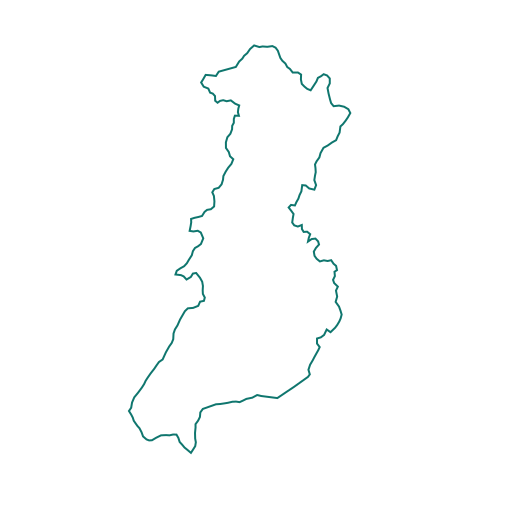 the district of Ibirapitanga, Bahia, Brazil, rotated 15°
{"feature_id": "56859067B82282843362719", "entity_name": "Ibirapitanga", "entity_type": "district", "adm_level": 2, "iso_a3": "BRA", "parent_name": "Brazil", "parent_adm1": "Bahia", "projection": "natural_earth1", "projection_center": [-39.442, -14.059], "detail": "fine", "context": "isolated", "style": "outline", "palette": "teal", "viewbox_px": 512, "rotation_deg": 15, "n_neighbors": 0, "source": "geoboundaries", "source_scale": "gbopen_adm2", "svg_char_len": 3654}
<svg xmlns="http://www.w3.org/2000/svg" viewBox="0 0 512 512"><g transform="rotate(15 256 256)"><path d="M329.7,240.6L326.5,242.3L322.7,242.6L319.1,244.7L315.3,243.0L312.5,240.7L310.7,236.8L311.8,232.7L313.9,228.6L312.2,225.8L308.9,223.8L305.4,225.2L302.5,228.6L302.3,224.7L302.7,220.9L299.1,219.3L295.8,220.4L293.4,218.1L292.2,214.2L288.8,216.7L285.0,216.5L282.3,214.3L281.7,209.4L281.4,205.7L278.3,203.2L275.0,200.7L276.6,197.6L280.5,197.1L281.1,193.4L282.1,189.6L282.3,185.9L283.1,181.8L282.3,175.6L285.8,175.0L289.9,177.0L295.2,176.8L295.7,172.0L292.7,167.6L292.2,163.1L292.0,159.6L290.7,155.7L289.3,152.3L290.0,148.9L291.7,144.4L291.7,139.9L293.2,134.0L296.7,130.7L300.1,126.6L303.4,123.4L303.9,119.3L304.8,115.2L304.0,109.0L305.8,106.2L307.5,102.2L308.8,98.5L310.1,93.5L307.2,90.3L302.5,89.0L297.3,89.2L292.2,91.2L289.0,88.9L287.1,85.8L284.0,80.2L281.6,75.2L282.6,70.2L281.3,65.4L277.9,63.2L274.3,62.9L272.2,65.6L269.7,67.9L269.2,71.8L267.5,77.0L265.9,81.8L262.2,81.3L258.9,79.8L255.7,77.9L253.7,73.9L252.6,69.1L249.0,67.9L244.0,69.3L240.3,66.5L237.3,65.4L234.6,62.5L230.9,60.6L228.3,58.4L226.3,55.5L224.0,52.1L221.0,49.7L217.5,49.0L212.8,51.0L208.1,51.9L205.2,53.3L199.7,53.1L196.7,57.6L195.0,62.4L192.7,65.7L191.7,68.9L189.4,72.5L187.6,78.6L172.3,87.6L170.7,92.5L166.7,93.0L163.7,93.5L160.5,94.1L159.1,99.4L158.1,102.6L161.7,106.0L166.6,106.6L169.4,110.1L172.2,110.3L175.0,112.1L176.4,116.6L179.2,117.9L181.1,115.5L184.0,114.0L187.6,114.1L191.4,112.2L196.5,114.3L200.8,114.9L200.8,118.3L201.3,121.8L203.2,125.0L199.3,125.9L199.1,129.3L200.1,133.1L199.3,136.4L200.1,139.8L199.6,144.6L197.6,148.7L197.5,154.0L199.0,159.4L202.8,162.6L205.1,166.4L209.0,168.4L208.4,173.4L206.3,177.9L204.9,182.3L203.8,187.2L204.4,190.9L204.2,195.7L202.3,199.8L198.4,202.1L197.3,205.8L199.8,208.9L201.7,214.0L202.7,219.0L200.3,222.5L196.8,224.1L194.9,226.7L193.5,231.3L190.3,233.2L186.8,235.0L183.7,237.0L184.7,240.2L185.1,244.0L185.4,248.9L189.2,248.5L193.2,246.7L196.6,247.6L200.5,252.6L199.7,258.7L197.5,261.6L195.0,264.0L193.8,267.6L193.8,271.9L192.1,277.2L191.1,280.9L189.2,284.5L186.2,287.4L183.3,290.8L183.0,294.7L188.5,293.9L191.4,294.4L195.0,296.7L198.5,293.1L199.6,289.3L202.6,287.9L207.5,291.5L210.7,294.8L212.5,298.7L213.4,303.0L214.5,306.4L217.3,309.4L217.3,312.8L213.8,314.6L213.1,319.1L208.7,322.4L203.7,324.2L201.6,327.7L200.5,331.8L199.1,337.0L198.1,343.4L196.7,347.9L196.4,352.2L197.6,357.8L197.1,361.8L195.6,365.8L193.9,372.3L192.6,380.1L189.7,383.5L188.3,387.2L186.9,391.3L184.6,396.7L182.9,401.4L181.7,405.1L181.1,408.6L179.8,412.7L177.5,418.5L175.0,424.0L174.2,429.6L174.7,434.9L173.4,438.6L176.5,441.5L178.8,444.0L180.6,446.8L183.2,449.0L185.5,450.9L188.0,452.5L191.1,455.9L193.6,459.5L197.7,461.5L200.5,461.8L203.2,460.9L206.6,457.4L210.7,453.8L215.4,452.3L218.9,451.6L222.1,449.9L225.4,449.1L228.1,451.8L230.4,455.4L233.7,457.5L236.5,459.5L240.1,461.1L244.1,463.0L245.3,459.3L246.5,455.4L246.1,451.5L244.5,448.1L242.9,442.7L242.0,437.3L241.1,434.1L242.7,430.0L243.5,426.0L242.7,421.5L244.2,417.5L255.7,409.6L259.8,408.2L263.7,406.5L266.8,405.1L270.9,402.9L274.4,401.8L278.0,401.4L280.9,399.0L283.7,396.5L289.1,393.8L293.1,390.0L297.2,389.9L313.4,387.7L321.3,378.6L326.4,372.8L337.5,359.3L338.6,356.4L336.1,352.3L336.4,347.0L337.8,342.0L338.5,338.8L339.7,334.0L340.5,330.9L341.1,327.5L337.6,324.8L336.3,319.9L339.7,317.8L342.2,314.6L343.3,308.7L347.7,310.3L351.0,304.8L352.3,301.6L353.4,297.7L353.9,294.4L353.9,290.4L351.8,287.0L349.3,283.4L344.8,279.7L344.9,274.2L342.2,268.7L343.0,264.4L338.5,261.9L336.6,259.1L337.4,255.0L335.9,250.9L337.9,248.7L335.9,244.8L332.9,243.4L329.7,240.6Z" fill="none" stroke="#0f766e" stroke-width="2"/></g></svg>